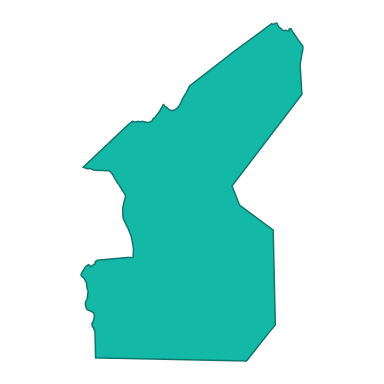 Taulabe, Comayagua, Honduras
{"feature_id": "27666195B46005131059519", "entity_name": "Taulabe", "entity_type": "district", "adm_level": 2, "iso_a3": "HND", "parent_name": "Honduras", "parent_adm1": "Comayagua", "projection": "robinson", "projection_center": [-87.98, 14.75], "detail": "fine", "context": "isolated", "style": "filled", "palette": "teal", "viewbox_px": 384, "rotation_deg": 0, "n_neighbors": 0, "source": "geoboundaries", "source_scale": "gbopen_adm2", "svg_char_len": 5443}
<svg xmlns="http://www.w3.org/2000/svg" viewBox="0 0 384 384"><path d="M132.6,121.2L127.4,125.4L83.2,167.2L85.6,168.1L87.0,168.7L88.2,168.7L89.2,168.5L90.4,168.6L91.4,168.9L92.7,169.7L93.5,170.0L94.4,170.1L94.6,170.1L96.7,170.3L99.1,170.5L102.5,170.4L104.2,170.7L105.9,170.7L107.0,170.6L108.1,170.7L109.4,171.1L110.9,172.2L112.2,173.8L113.5,176.1L114.3,177.6L115.4,179.5L116.7,181.7L117.7,183.3L119.0,184.8L121.2,188.5L122.2,190.2L123.6,192.2L124.7,194.0L125.4,195.4L125.4,197.1L125.0,198.6L124.0,202.2L123.6,204.1L123.3,205.3L122.7,208.1L122.8,210.8L122.8,213.7L123.0,216.4L123.2,218.4L123.9,220.1L127.6,227.4L128.0,228.2L128.2,228.8L128.8,230.3L130.3,234.0L131.1,236.0L131.2,236.4L131.3,236.9L131.6,238.2L132.1,240.7L132.8,243.9L133.0,245.2L133.1,246.1L133.2,247.3L133.3,247.9L133.4,249.5L133.4,251.0L133.4,251.9L133.2,254.5L133.2,255.2L133.3,256.5L133.3,256.8L133.2,257.1L133.0,257.3L132.7,257.4L132.3,257.5L131.5,257.5L130.4,257.5L129.7,257.6L128.6,257.4L128.3,257.4L127.8,257.4L127.4,257.5L97.2,260.2L97.1,260.4L96.9,260.6L96.8,260.8L96.6,260.9L96.4,261.0L96.1,261.2L95.7,261.3L95.4,261.4L95.3,261.6L95.2,261.8L95.2,262.0L95.3,262.5L95.5,263.0L95.5,263.3L95.3,263.6L94.7,263.9L94.1,264.3L93.2,265.0L92.1,265.8L91.3,266.5L91.1,266.6L90.8,266.7L90.7,266.8L90.5,266.7L90.4,266.7L90.1,266.3L90.0,266.0L89.9,265.7L89.7,265.3L89.6,265.1L89.3,264.9L89.1,264.9L88.9,264.9L88.3,264.9L88.1,264.9L87.9,265.0L86.2,266.3L85.9,266.5L85.2,267.4L84.2,268.9L83.4,270.2L82.1,272.2L81.8,272.7L81.6,273.3L81.4,273.7L81.2,274.2L81.1,274.5L81.1,274.9L81.1,275.1L81.1,275.3L81.2,275.5L81.3,275.8L81.5,276.1L81.8,276.3L82.1,276.7L82.5,277.0L83.1,277.5L83.9,277.9L84.0,278.1L84.4,278.6L84.5,278.8L84.6,279.1L84.7,279.5L84.8,279.7L84.8,279.8L85.0,280.1L85.6,281.1L86.1,281.9L86.3,282.3L86.4,282.5L86.8,286.2L87.1,288.0L87.2,288.5L87.3,289.0L87.5,289.5L87.8,290.0L87.9,290.3L87.9,290.7L88.0,291.0L88.0,291.3L88.1,291.8L88.1,292.2L88.0,292.5L87.1,299.2L87.1,299.3L87.0,299.5L86.7,299.9L86.5,300.2L86.3,300.4L86.0,301.1L85.8,301.5L85.6,301.9L85.5,302.3L85.4,302.6L85.4,303.3L85.4,303.6L85.4,304.1L85.4,304.5L85.5,305.2L85.5,305.5L85.6,305.8L86.1,307.1L86.3,307.9L86.5,308.6L86.8,309.1L86.9,309.4L87.0,309.5L87.4,309.8L88.1,310.0L88.8,310.3L89.5,310.6L90.7,311.2L91.8,311.8L92.6,312.1L92.8,312.3L93.0,312.3L93.2,312.5L93.4,312.8L93.6,313.1L93.8,313.5L94.0,313.9L94.1,314.4L94.3,314.9L94.3,315.3L94.4,315.6L94.4,316.2L94.3,316.7L94.2,317.2L94.0,318.3L93.8,319.3L93.7,319.8L93.3,320.7L93.2,321.1L93.2,321.4L93.2,321.9L93.2,322.1L93.1,322.4L93.0,322.5L92.8,322.5L92.7,322.5L92.4,322.6L92.3,322.8L92.1,323.1L92.1,323.4L92.0,323.9L92.0,324.5L92.0,325.0L92.0,325.3L92.1,325.5L92.2,325.8L92.4,326.3L92.7,326.7L92.8,326.9L93.2,327.3L93.4,327.5L93.6,327.9L93.8,328.2L93.9,328.5L93.9,328.9L93.9,329.1L93.9,329.4L94.0,329.6L94.2,330.0L94.5,330.3L94.7,330.7L94.9,331.2L95.0,331.5L95.0,332.0L95.6,357.9L127.6,358.5L246.5,361.0L268.7,332.8L275.3,324.9L273.2,230.1L239.5,205.1L232.0,185.9L301.9,94.4L300.1,65.1L302.1,52.7L302.3,52.1L302.4,51.5L302.6,50.9L302.7,50.2L302.8,49.6L302.8,48.4L302.9,47.5L302.9,47.1L302.9,46.8L302.9,46.6L302.9,46.4L302.8,46.2L302.6,45.8L302.2,45.3L301.0,43.7L299.5,41.6L298.2,40.0L296.9,38.0L295.8,36.4L295.5,35.9L293.5,33.2L291.8,30.5L291.7,30.2L291.5,29.6L291.4,29.2L291.2,29.0L291.0,28.8L290.9,28.7L290.7,28.7L290.2,28.7L289.8,28.8L289.5,28.9L289.4,28.9L289.3,29.0L289.2,29.1L289.0,29.7L288.8,30.2L288.6,30.8L288.5,31.1L288.4,31.2L288.3,31.3L288.2,31.3L287.9,31.4L287.7,31.3L287.6,31.2L287.2,30.9L286.9,30.7L286.2,30.4L285.7,30.3L285.3,30.3L284.6,30.4L284.1,30.5L283.4,30.5L282.9,30.4L282.6,30.3L282.5,30.2L282.3,30.0L281.8,29.4L281.5,29.0L281.3,28.7L281.2,28.6L280.4,28.1L279.5,27.5L279.2,27.3L278.9,27.0L278.4,26.4L277.9,25.6L277.8,25.3L277.6,24.8L277.4,24.3L277.1,23.6L276.9,23.3L276.8,23.2L276.7,23.1L276.4,23.0L276.1,23.1L275.4,23.4L274.3,23.9L273.8,24.0L273.3,24.1L272.8,24.2L272.5,24.1L272.4,24.1L272.2,24.0L272.0,23.9L271.9,23.8L271.7,23.6L259.3,32.9L232.8,52.3L227.2,56.8L189.7,85.8L189.4,86.5L189.2,86.9L188.4,88.5L187.8,89.5L187.5,90.2L186.8,91.6L186.2,92.9L186.0,93.3L185.7,93.7L185.3,94.3L185.0,94.7L184.4,95.6L183.6,96.9L183.0,97.9L182.4,99.1L182.0,99.9L181.8,100.5L181.5,101.3L181.3,101.8L180.9,102.6L180.6,103.1L180.2,103.9L179.6,105.0L179.1,106.0L178.9,106.3L178.7,106.6L178.5,106.8L178.2,107.1L177.8,107.5L176.7,108.5L176.0,109.1L175.8,109.2L174.8,109.8L174.2,110.2L173.6,110.3L172.8,110.4L172.3,110.5L171.8,110.5L171.1,110.4L170.7,110.4L170.4,110.3L170.1,110.1L169.7,109.9L168.6,109.3L168.4,109.1L167.8,108.5L167.0,107.7L166.9,107.6L166.6,107.5L166.4,107.4L166.2,107.2L165.9,106.9L165.5,106.6L165.0,106.3L164.7,106.0L164.4,105.5L164.1,105.1L163.5,104.5L163.3,104.6L163.1,104.8L163.0,105.0L162.0,107.2L161.7,107.8L161.3,108.2L161.1,108.5L160.7,109.0L160.4,109.5L160.3,109.8L160.2,110.1L160.2,110.5L160.0,110.9L159.6,111.4L159.1,111.8L159.0,112.0L157.1,114.6L155.0,117.4L154.9,117.5L154.4,117.8L153.8,118.2L153.4,118.5L153.2,118.8L152.8,119.2L152.5,119.9L152.3,120.1L152.0,120.8L151.9,121.0L151.7,121.2L151.2,121.5L150.4,121.9L150.2,122.0L148.8,122.3L147.9,122.4L147.5,122.4L147.1,122.4L146.7,122.3L145.6,122.1L144.4,121.8L144.2,121.8L143.7,121.6L142.8,121.4L142.0,121.4L141.8,121.4L141.6,121.4L141.2,121.6L140.9,121.7L140.5,121.7L140.1,121.8L139.9,121.8L138.5,121.4L138.4,121.4L137.7,121.6L136.5,121.8L135.2,122.0L134.6,122.1L134.4,122.0L134.0,121.9L133.3,121.6L132.6,121.2Z" fill="#14b8a6" stroke="#0f766e" stroke-width="1.5"/></svg>